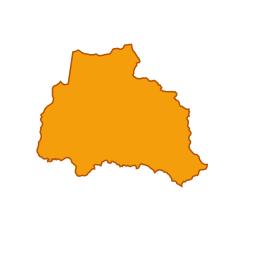 Itaberá, São Paulo, Brazil (Albers equal-area conic projection), rotated 303°
{"feature_id": "56859067B47195515530688", "entity_name": "Itaberá", "entity_type": "district", "adm_level": 2, "iso_a3": "BRA", "parent_name": "Brazil", "parent_adm1": "São Paulo", "projection": "albers", "projection_center": [-49.149, -23.906], "detail": "fine", "context": "isolated", "style": "filled", "palette": "amber", "viewbox_px": 256, "rotation_deg": 303, "n_neighbors": 0, "source": "geoboundaries", "source_scale": "gbopen_adm2", "svg_char_len": 4112}
<svg xmlns="http://www.w3.org/2000/svg" viewBox="0 0 256 256"><g transform="rotate(303 128 128)"><path d="M70.8,60.7L69.4,61.1L67.3,60.7L65.2,62.3L63.7,62.7L62.4,63.3L60.6,63.4L58.4,64.9L57.8,66.6L56.7,68.0L56.1,69.2L56.5,71.1L56.4,72.7L56.2,74.0L57.4,75.9L58.6,77.1L58.6,78.7L57.1,78.3L56.1,78.8L57.0,80.1L57.9,81.6L59.6,82.1L60.4,81.2L61.2,82.0L61.4,83.4L62.7,83.8L62.3,85.1L63.8,85.9L64.3,87.5L64.1,89.2L64.8,90.1L68.4,91.7L69.5,92.4L70.3,93.6L70.9,95.2L70.5,97.2L69.7,98.4L68.4,100.0L68.2,101.7L68.1,103.4L67.6,105.5L66.0,106.4L64.5,106.7L62.2,108.0L61.3,109.8L60.6,110.9L60.6,112.6L61.7,114.0L63.5,115.6L64.3,117.7L66.4,119.1L68.5,119.1L70.3,119.8L72.5,119.9L74.5,120.6L75.5,122.3L76.5,121.7L77.3,120.4L78.5,119.7L79.8,121.0L80.9,123.1L81.7,124.5L81.5,125.8L82.6,125.6L83.6,125.3L84.9,124.7L86.4,125.5L87.8,126.2L88.9,127.1L89.3,128.2L89.0,129.3L88.1,130.0L88.3,131.3L89.5,132.8L90.8,132.3L91.7,133.5L91.8,134.8L92.1,136.6L91.4,139.0L92.4,140.3L91.3,142.5L92.5,143.0L92.8,144.4L94.2,144.0L94.9,145.4L95.3,147.6L96.7,148.3L96.6,149.9L97.0,151.2L98.2,151.8L99.2,152.6L99.9,153.5L100.7,154.5L99.9,156.1L98.5,157.2L100.2,158.6L101.7,158.4L102.8,158.2L103.9,158.2L105.7,159.0L105.6,160.7L106.5,162.6L107.2,166.4L106.6,168.2L106.6,170.0L106.5,172.7L105.7,173.7L105.1,174.7L106.7,175.1L108.5,175.8L109.8,176.8L110.6,178.6L111.2,180.8L110.7,182.3L111.7,184.0L111.5,185.8L111.2,186.9L111.0,188.9L110.3,189.8L109.8,191.2L109.4,192.3L108.4,192.9L107.6,193.8L108.2,194.9L108.9,196.0L109.2,197.7L108.1,199.3L108.3,202.1L108.4,203.6L108.4,204.9L110.1,203.6L111.9,203.6L113.4,203.7L113.9,205.3L115.6,205.6L116.7,206.2L117.6,207.5L119.1,208.5L120.3,209.2L121.9,208.8L123.0,209.0L124.2,210.0L125.5,211.0L126.1,212.1L127.9,212.1L129.9,211.3L131.6,211.0L133.1,212.4L133.7,213.4L135.5,215.2L136.5,215.6L137.9,215.5L139.3,214.9L140.6,214.3L139.3,212.6L139.0,210.4L139.1,208.4L139.9,206.8L140.8,204.7L142.5,203.2L142.9,201.7L143.1,200.3L142.2,198.2L142.3,196.4L142.8,194.6L143.1,193.5L143.5,192.4L144.4,190.3L145.8,189.2L147.5,188.5L148.9,188.7L150.2,188.2L151.2,187.2L151.4,185.8L152.3,184.6L153.5,184.3L155.0,183.7L156.6,184.2L158.7,183.0L159.1,181.8L159.2,180.6L160.2,179.9L161.3,179.7L161.4,178.4L162.1,177.0L164.5,176.0L166.2,175.0L167.1,174.2L167.4,172.7L168.4,172.1L169.9,171.8L171.4,172.8L172.1,171.4L173.8,171.1L175.2,170.7L175.5,169.5L177.0,168.9L176.2,167.7L175.4,166.4L175.4,162.8L175.6,161.5L174.8,160.1L175.3,158.9L176.6,157.6L177.6,156.2L178.0,154.4L177.5,153.1L178.2,152.0L178.2,150.5L180.2,150.5L181.5,151.1L183.4,150.1L184.0,148.2L183.2,146.4L181.8,144.2L180.2,141.6L179.2,140.3L178.9,138.9L177.9,137.7L178.1,136.2L177.7,135.0L178.3,134.0L180.1,134.4L180.7,132.9L181.5,131.4L180.7,129.8L181.9,128.8L181.9,127.7L182.3,125.7L182.0,123.7L180.2,122.3L179.6,121.1L178.9,120.0L179.6,118.4L179.9,116.0L179.0,114.9L178.1,113.5L177.3,112.3L176.0,111.7L175.2,109.9L174.2,108.2L174.5,106.5L174.3,104.7L175.1,103.2L176.6,103.1L178.2,102.2L179.3,101.6L180.7,101.4L182.4,101.0L184.3,101.1L185.5,101.2L186.7,100.0L188.0,100.5L188.9,101.7L190.1,101.8L191.0,100.8L192.1,99.4L192.5,97.7L193.3,95.9L194.3,94.0L195.1,92.1L196.0,89.3L197.5,87.5L199.1,86.4L199.9,85.3L198.8,83.7L197.3,82.2L195.7,80.1L193.8,80.2L192.3,80.4L190.8,79.6L189.7,78.5L189.2,76.0L187.8,74.4L187.0,73.2L185.6,72.4L183.5,72.6L181.8,72.5L180.6,72.4L179.2,71.5L178.6,70.4L177.7,69.6L176.7,68.4L174.8,66.8L174.0,66.0L173.2,64.9L172.7,63.1L172.7,60.9L171.3,59.8L170.0,58.5L168.6,55.9L168.0,54.0L167.1,52.2L166.4,50.3L166.1,48.1L166.3,45.5L166.2,43.8L164.2,42.7L163.1,41.7L161.7,40.4L144.8,48.2L132.3,53.9L131.4,52.9L130.2,51.8L129.5,50.5L129.6,49.2L129.6,47.8L130.2,46.1L128.1,45.8L126.3,45.2L124.6,44.6L123.2,43.3L121.7,42.9L120.6,43.0L119.6,43.3L118.6,44.2L117.2,44.8L116.1,45.9L114.0,47.0L112.7,49.1L109.7,50.6L107.6,50.9L106.6,50.5L105.0,49.9L102.9,48.9L101.3,48.4L98.9,48.1L97.7,48.0L96.8,48.4L95.6,48.9L94.1,48.5L91.9,47.8L91.0,48.4L90.6,49.8L88.0,49.8L86.5,51.4L86.0,53.3L84.5,54.2L83.2,54.6L82.1,54.7L80.6,54.6L79.6,55.7L77.7,56.1L76.2,57.0L75.5,58.2L74.4,59.4L73.0,60.2L71.9,60.6L70.8,60.7Z" fill="#f59e0b" stroke="#b45309" stroke-width="1.5"/></g></svg>